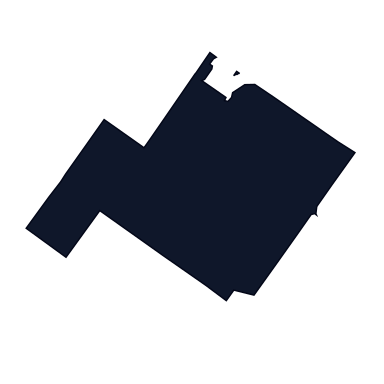 outline of Sandoval, New Mexico, United States of America, rotated 305°
{"feature_id": "52423323B31850175994071", "entity_name": "Sandoval", "entity_type": "district", "adm_level": 2, "iso_a3": "USA", "parent_name": "United States of America", "parent_adm1": "New Mexico", "projection": "orthographic", "projection_center": [-106.623, 35.709], "detail": "fine", "context": "isolated", "style": "filled", "palette": "ink", "viewbox_px": 384, "rotation_deg": 305, "n_neighbors": 0, "source": "geoboundaries", "source_scale": "gbopen_adm2", "svg_char_len": 968}
<svg xmlns="http://www.w3.org/2000/svg" viewBox="0 0 384 384"><g transform="rotate(305 192 192)"><path d="M122.7,282.4L135.6,282.5L143.1,301.9L186.2,302.3L222.7,302.5L228.9,302.5L234.8,302.5L240.8,302.5L241.3,302.5L241.9,302.5L244.7,304.9L244.6,307.0L245.3,305.9L251.5,302.6L252.8,302.5L253.7,302.5L257.3,302.5L270.1,302.5L278.3,302.5L288.7,302.6L317.7,302.9L317.5,297.7L316.8,283.0L316.7,266.6L316.7,251.9L316.6,237.8L316.6,232.3L316.5,204.9L316.1,181.8L310.2,173.7L296.7,168.3L292.1,170.2L286.8,169.5L285.5,166.2L288.9,165.6L288.8,136.1L291.5,137.7L304.1,137.7L306.9,136.4L306.9,133.0L313.4,133.2L316.3,134.6L316.5,126.7L292.0,127.0L290.4,126.8L231.8,127.3L214.7,127.4L204.7,127.4L200.7,127.3L200.9,78.5L170.4,78.4L134.2,78.2L125.0,78.6L105.8,77.7L67.2,77.0L66.3,126.2L123.9,127.1L123.4,204.2L123.5,257.0L122.7,282.4ZM316.4,159.4L311.2,159.4L313.7,160.6L314.1,161.4L316.2,162.3L316.4,163.1L316.4,159.4Z" fill="#0f172a" stroke="#020617" stroke-width="1.5"/></g></svg>